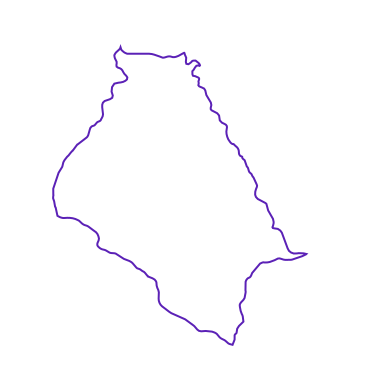 SVG path tracing the border of Corrientes, rotated 294°
{"feature_id": "ARG-1308", "entity_name": "Corrientes", "entity_type": "Province", "adm_level": 1, "iso_a3": "ARG", "parent_name": "Argentina", "parent_adm1": "", "projection": "natural_earth1", "projection_center": [-57.567, -29.002], "detail": "fine", "context": "isolated", "style": "outline", "palette": "violet", "viewbox_px": 384, "rotation_deg": 294, "n_neighbors": 0, "source": "natural_earth", "source_scale": "10m", "svg_char_len": 4461}
<svg xmlns="http://www.w3.org/2000/svg" viewBox="0 0 384 384"><g transform="rotate(294 192 192)"><path d="M155.3,62.3L162.1,63.2L163.0,63.1L166.7,62.4L168.6,62.5L169.8,62.7L173.4,63.6L175.3,64.4L176.2,64.6L178.9,65.3L181.6,66.2L181.6,66.3L187.9,67.7L188.6,67.9L188.6,68.0L198.6,73.4L199.5,73.8L199.9,73.9L201.5,74.1L207.7,73.2L209.4,73.1L209.6,73.2L210.9,73.6L211.5,74.0L212.5,75.1L212.9,75.5L213.5,75.9L214.1,76.1L216.9,76.9L217.6,77.3L219.2,78.8L219.8,79.2L220.4,79.4L221.9,79.4L222.4,79.5L224.8,79.6L226.8,79.1L232.9,75.5L235.2,74.5L237.4,74.3L239.6,75.2L243.4,79.3L245.6,80.8L247.9,80.4L251.0,77.7L253.8,76.8L255.3,76.3L259.4,77.0L261.9,80.3L263.1,82.3L264.6,84.3L266.5,85.9L268.4,86.8L270.4,86.3L271.5,84.5L272.4,82.2L273.6,80.4L274.8,78.9L275.5,77.4L275.7,75.8L275.5,73.7L275.9,72.1L277.3,71.3L279.0,70.8L280.4,70.1L282.7,67.3L283.9,66.3L285.4,65.4L287.0,65.5L288.5,65.8L292.7,67.6L294.0,67.9L295.2,67.8L293.5,69.3L293.2,69.7L293.0,69.9L292.2,72.4L292.0,73.3L291.9,74.2L291.9,76.0L292.0,76.7L300.8,96.4L301.7,99.2L302.1,101.6L302.6,107.0L302.8,110.6L303.2,111.4L303.8,112.3L305.7,114.5L306.3,115.4L306.9,116.6L307.1,117.5L307.3,118.9L307.4,119.6L307.8,120.5L308.2,121.3L309.0,122.4L310.9,124.3L315.8,128.0L316.0,128.2L316.0,128.4L315.4,129.0L314.8,129.4L312.3,132.1L308.3,133.5L306.8,134.7L307.2,136.6L307.9,137.2L310.3,138.5L311.2,138.7L312.0,139.1L312.6,139.9L313.5,141.8L312.6,145.3L312.2,146.3L311.6,147.2L310.9,147.8L310.3,147.6L310.1,146.1L309.1,144.7L306.9,144.1L304.3,143.8L302.5,143.2L299.7,144.5L298.6,145.6L298.9,147.1L299.1,147.7L299.1,151.2L299.0,151.7L298.8,152.1L298.3,152.5L297.7,152.7L295.7,152.9L294.1,153.9L292.1,154.4L291.5,155.4L291.4,156.8L291.5,158.1L291.4,161.0L290.2,162.8L286.4,165.7L281.4,172.8L279.3,174.3L276.4,174.9L275.2,175.5L274.6,176.7L274.2,183.0L272.9,185.6L268.7,188.3L267.5,191.2L267.4,194.2L267.2,195.7L266.4,197.0L265.4,197.6L261.2,198.8L259.0,200.0L256.8,201.7L254.8,203.8L253.2,206.4L252.7,207.4L252.4,208.4L252.3,209.5L252.7,210.5L252.1,212.0L251.1,215.1L250.4,216.3L249.4,217.4L248.6,218.0L246.4,219.2L245.9,219.6L245.4,220.0L245.1,220.6L244.7,221.2L244.6,222.0L244.7,222.8L244.6,223.5L243.6,224.1L243.1,224.9L242.8,225.8L242.6,226.6L242.4,227.2L237.6,231.7L237.2,232.7L236.7,233.4L234.3,235.4L233.4,236.5L232.6,239.0L230.8,241.1L230.5,241.9L230.0,242.6L225.5,247.7L224.4,248.8L223.1,249.2L220.5,249.3L217.9,249.7L215.2,250.8L213.5,252.4L212.4,254.9L211.8,263.6L211.4,264.8L206.1,269.1L200.4,276.9L197.8,278.8L196.5,279.3L193.9,279.8L192.6,279.8L192.0,280.5L192.3,282.2L193.2,285.4L192.7,288.3L191.4,290.6L179.4,302.3L177.7,304.5L177.0,307.1L177.2,310.0L178.6,312.9L179.5,314.3L180.8,317.5L181.4,319.1L181.9,321.7L181.4,321.5L178.2,318.8L171.0,311.0L170.4,310.1L168.0,305.0L167.5,303.3L167.1,299.9L166.9,298.9L166.1,297.5L163.3,295.2L159.7,291.5L158.4,289.6L157.5,287.8L156.9,286.3L156.8,285.8L156.2,285.0L154.3,283.3L142.5,279.9L139.6,280.0L138.3,279.8L137.6,279.5L137.3,279.3L135.9,278.1L135.2,277.8L134.4,277.6L133.5,277.4L131.8,277.5L124.0,280.8L122.9,281.5L121.8,281.9L116.7,283.1L116.2,283.1L114.3,282.8L110.8,281.6L108.9,281.4L107.9,281.7L106.5,282.5L103.2,284.8L100.8,287.1L100.3,287.8L99.1,288.9L94.5,291.7L88.7,289.4L85.5,288.9L81.4,290.0L80.9,289.9L79.3,289.2L79.0,289.2L78.8,289.2L78.5,289.2L74.6,290.9L73.8,291.0L68.9,291.2L68.4,288.0L68.5,286.7L69.7,282.9L69.9,281.6L70.0,278.7L70.2,277.4L70.6,276.1L72.4,272.5L72.7,271.2L72.8,269.8L72.6,267.1L70.6,261.0L68.5,257.1L68.0,254.8L68.5,252.7L70.4,248.7L70.7,247.6L72.9,237.6L72.9,222.4L73.3,219.9L75.4,211.1L76.3,209.0L77.6,207.3L79.2,205.9L81.0,204.9L86.9,202.5L88.7,201.1L90.3,199.3L92.1,197.8L95.0,196.2L95.8,195.4L96.8,193.5L97.1,191.0L96.9,186.0L97.2,185.9L97.7,184.5L99.0,182.0L99.5,180.6L99.6,178.8L100.2,176.2L100.2,175.5L100.2,174.8L100.1,174.2L100.0,172.9L100.4,171.7L102.7,166.9L103.2,165.5L103.4,164.1L103.5,162.7L103.2,157.0L104.7,147.3L104.5,146.1L103.3,142.8L103.1,141.4L103.6,137.2L103.6,135.9L103.1,133.2L103.1,131.8L103.3,130.5L103.7,129.2L104.2,128.0L105.0,127.1L106.1,126.6L107.3,126.4L109.8,126.4L111.7,125.9L113.5,124.5L115.1,122.8L116.2,120.7L116.9,117.4L118.3,111.3L118.4,109.8L118.1,107.1L118.2,105.7L118.5,104.3L119.8,100.6L119.9,99.2L119.9,96.4L119.5,93.7L118.7,91.0L117.7,88.6L116.0,85.3L115.6,84.1L115.4,82.8L115.3,81.4L115.5,78.8L115.9,78.5L122.3,73.8L122.7,73.3L122.9,72.9L127.5,69.8L129.6,67.8L130.4,67.4L132.1,66.8L132.8,66.7L133.1,66.4L138.6,63.9L155.3,62.3Z" fill="none" stroke="#5b21b6" stroke-width="2"/></g></svg>